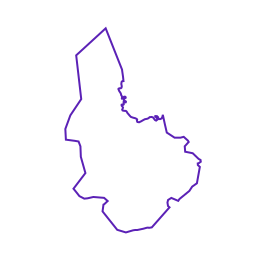 Ngala, Borno, Nigeria, rotated 349°
{"feature_id": "59680162B65219804693248", "entity_name": "Ngala", "entity_type": "district", "adm_level": 2, "iso_a3": "NGA", "parent_name": "Nigeria", "parent_adm1": "Borno", "projection": "natural_earth1", "projection_center": [14.207, 12.351], "detail": "fine", "context": "isolated", "style": "outline", "palette": "violet", "viewbox_px": 256, "rotation_deg": 349, "n_neighbors": 0, "source": "geoboundaries", "source_scale": "gbopen_adm2", "svg_char_len": 2092}
<svg xmlns="http://www.w3.org/2000/svg" viewBox="0 0 256 256"><g transform="rotate(349 128 128)"><path d="M163.4,209.1L165.0,207.5L176.2,201.5L179.8,197.8L185.1,195.4L191.1,179.9L189.5,177.7L189.7,176.1L190.8,176.0L193.0,175.0L193.1,173.2L191.4,171.8L186.7,165.1L179.6,162.2L180.2,156.8L184.9,153.3L184.4,151.8L181.0,147.3L177.7,147.5L171.9,146.4L167.2,141.8L165.2,139.9L164.9,131.3L164.7,121.7L164.0,123.4L162.8,125.0L161.5,125.4L159.9,125.1L159.6,124.3L159.6,123.2L158.7,121.9L157.1,121.5L156.9,122.0L157.7,122.9L158.4,124.2L158.2,125.5L157.0,126.1L156.0,125.3L155.3,123.9L154.7,122.5L153.4,121.7L151.3,121.5L150.0,122.3L148.6,122.6L146.2,122.6L144.0,123.3L142.3,123.9L140.0,124.5L138.4,123.9L138.1,122.6L138.6,121.5L138.3,120.8L137.0,119.8L135.1,118.9L133.7,118.1L132.9,117.6L132.4,116.8L131.9,116.0L130.8,114.0L130.4,113.4L130.0,112.1L129.6,111.3L129.1,110.8L127.9,110.5L126.4,110.0L126.0,109.7L125.8,108.8L126.5,107.9L127.0,107.0L126.7,106.1L126.4,105.6L126.0,104.8L126.2,103.9L126.9,103.8L127.9,104.3L128.4,103.9L128.5,103.2L128.6,101.6L128.9,101.4L129.4,101.6L130.1,102.2L130.6,102.4L130.8,102.2L131.0,101.9L131.0,101.6L130.6,101.2L129.7,100.4L129.2,99.9L129.4,98.9L130.0,98.5L130.8,98.2L131.4,98.0L131.6,97.4L131.3,96.9L130.9,96.6L129.9,96.6L128.2,98.1L127.7,98.1L127.6,97.8L127.8,97.3L128.1,96.5L128.1,96.4L128.0,95.5L127.6,94.6L127.6,93.5L127.4,92.4L126.9,91.1L126.5,90.3L126.0,88.0L126.2,87.6L126.5,87.5L127.3,87.4L128.6,87.6L129.3,87.2L129.8,86.0L129.9,84.7L129.8,83.6L130.5,81.6L130.9,81.2L131.5,80.9L132.2,81.1L132.5,81.1L132.5,80.9L132.6,80.1L132.9,76.8L133.2,70.7L133.3,69.6L125.1,25.9L91.0,46.8L87.6,90.7L73.8,104.6L66.3,117.0L64.8,127.6L73.2,130.4L76.9,131.8L77.8,136.9L76.2,147.3L77.6,164.1L62.9,177.2L64.3,179.8L67.3,185.6L71.6,189.0L74.9,189.3L80.8,189.1L91.2,192.0L94.1,195.8L90.1,198.3L89.3,198.5L87.1,205.0L91.0,212.5L98.0,225.9L106.0,230.1L113.5,229.4L115.8,229.5L117.7,229.9L123.9,229.8L127.5,229.5L128.7,229.6L129.5,230.0L132.4,230.1L153.6,213.8L152.4,212.2L152.5,208.7L153.6,206.3L157.2,204.9L163.4,209.1Z" fill="none" stroke="#5b21b6" stroke-width="2"/></g></svg>